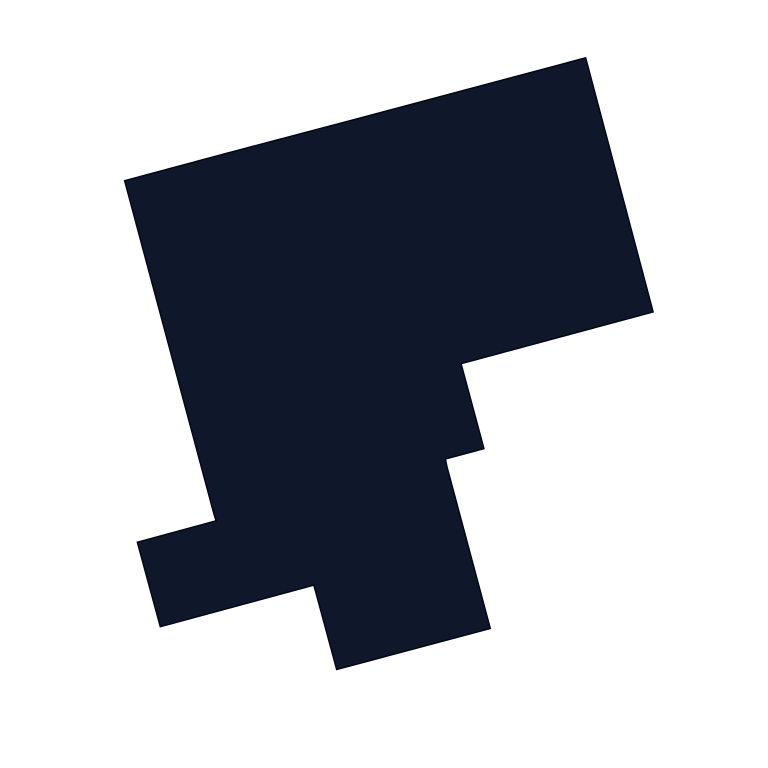 outline of Atoka, Oklahoma, United States of America, rotated 165°
{"feature_id": "52423323B50121009977051", "entity_name": "Atoka", "entity_type": "district", "adm_level": 2, "iso_a3": "USA", "parent_name": "United States of America", "parent_adm1": "Oklahoma", "projection": "equal_earth", "projection_center": [-96.026, 34.419], "detail": "fine", "context": "isolated", "style": "filled", "palette": "ink", "viewbox_px": 768, "rotation_deg": 165, "n_neighbors": 0, "source": "geoboundaries", "source_scale": "gbopen_adm2", "svg_char_len": 399}
<svg xmlns="http://www.w3.org/2000/svg" viewBox="0 0 768 768"><g transform="rotate(165 384 384)"><path d="M104.8,646.9L225.5,647.0L336.5,647.1L420.8,647.4L475.9,647.6L581.9,647.5L581.9,301.8L581.6,295.3L663.2,295.0L662.9,207.5L503.8,207.9L503.6,120.5L344.6,120.4L344.6,287.8L344.1,295.7L304.2,295.7L304.3,383.7L105.4,384.0L104.8,646.9Z" fill="#0f172a" stroke="#020617" stroke-width="1.5"/></g></svg>